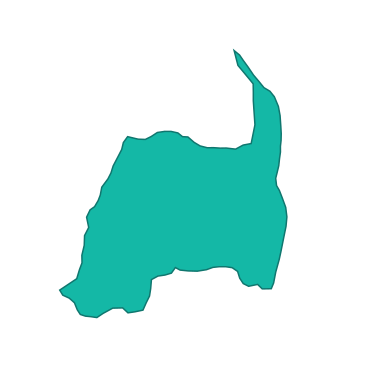 São Félix, Bahia, Brazil, rotated 15°
{"feature_id": "56859067B78979447599301", "entity_name": "São Félix", "entity_type": "district", "adm_level": 2, "iso_a3": "BRA", "parent_name": "Brazil", "parent_adm1": "Bahia", "projection": "robinson", "projection_center": [-38.997, -12.663], "detail": "fine", "context": "isolated", "style": "filled", "palette": "teal", "viewbox_px": 384, "rotation_deg": 15, "n_neighbors": 0, "source": "geoboundaries", "source_scale": "gbopen_adm2", "svg_char_len": 1516}
<svg xmlns="http://www.w3.org/2000/svg" viewBox="0 0 384 384"><g transform="rotate(15 192 192)"><path d="M196.1,44.5L203.6,57.8L218.7,68.5L223.1,71.7L225.5,80.1L227.6,88.0L235.4,110.8L236.6,129.9L229.3,133.4L223.0,139.3L213.6,140.7L208.0,142.3L201.9,143.5L195.2,145.3L187.9,145.4L181.2,143.5L173.8,139.9L168.5,141.0L163.1,138.6L156.0,138.9L150.0,140.5L143.1,143.5L138.2,149.0L133.3,153.3L126.3,154.9L115.5,155.2L112.9,162.0L113.1,169.1L111.5,176.5L109.1,187.2L108.8,194.6L107.4,201.1L103.6,210.7L104.2,218.7L103.6,224.5L101.7,231.4L98.2,235.6L96.7,243.6L101.4,253.0L99.5,261.9L101.7,271.4L102.0,281.6L104.1,288.9L103.4,296.1L103.1,305.6L89.6,321.0L93.9,325.1L100.9,326.3L107.1,329.4L111.7,335.5L115.8,339.2L121.2,339.5L126.6,338.6L132.6,337.9L137.6,332.2L145.5,324.7L155.0,321.9L161.4,325.3L167.9,322.5L175.2,318.8L176.4,311.1L177.9,303.5L177.1,296.1L175.5,287.1L180.9,282.0L187.4,279.2L193.1,275.7L195.5,269.3L200.7,270.5L208.8,269.2L217.6,267.1L226.1,263.3L231.7,259.4L237.4,257.2L244.2,255.4L250.4,254.7L256.6,256.9L260.4,262.9L265.2,267.2L271.1,268.4L279.3,264.3L284.9,267.4L293.6,264.9L294.4,258.8L293.6,247.6L293.7,234.5L293.3,226.3L292.3,210.7L291.7,200.8L290.1,191.5L286.5,182.6L280.9,174.6L276.0,167.9L272.0,163.9L269.3,157.1L269.2,151.2L269.0,144.1L267.9,137.1L267.1,130.5L265.6,125.0L264.7,119.2L263.1,112.6L260.7,105.3L257.3,95.4L253.3,87.0L246.9,78.7L241.2,74.5L234.5,72.6L228.0,67.9L221.1,63.1L213.6,56.6L207.4,51.6L202.5,47.4L196.1,44.5Z" fill="#14b8a6" stroke="#0f766e" stroke-width="1.5"/></g></svg>